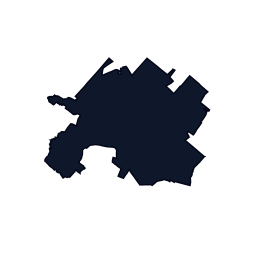 Romita, Guanajuato, Mexico, rotated 34°
{"feature_id": "50627088B33235829634906", "entity_name": "Romita", "entity_type": "district", "adm_level": 2, "iso_a3": "MEX", "parent_name": "Mexico", "parent_adm1": "Guanajuato", "projection": "mercator", "projection_center": [-101.614, 20.816], "detail": "fine", "context": "isolated", "style": "filled", "palette": "ink", "viewbox_px": 256, "rotation_deg": 34, "n_neighbors": 0, "source": "geoboundaries", "source_scale": "gbopen_adm2", "svg_char_len": 5444}
<svg xmlns="http://www.w3.org/2000/svg" viewBox="0 0 256 256"><g transform="rotate(34 128 128)"><path d="M51.9,140.7L51.9,141.5L50.3,141.5L50.1,142.0L48.7,141.8L48.5,142.6L48.5,143.2L48.3,143.9L48.0,144.2L47.5,144.6L47.4,144.7L47.1,144.7L46.9,145.2L46.6,145.6L46.3,145.3L45.6,146.1L45.3,146.0L44.5,147.2L44.7,148.1L44.8,148.3L45.6,148.3L45.7,148.5L46.6,148.7L46.6,148.8L46.5,149.0L47.0,149.5L47.4,149.6L47.6,150.1L48.3,150.3L50.4,150.2L51.2,150.3L52.4,150.4L53.2,150.3L53.4,150.2L53.5,149.8L53.9,147.7L54.0,147.4L54.5,146.8L55.4,146.1L56.2,145.8L56.2,146.8L56.7,146.7L57.2,146.4L58.2,146.9L58.6,146.1L60.0,146.2L60.0,145.4L61.1,145.5L61.1,144.6L62.4,144.7L64.9,144.7L65.1,145.8L65.1,146.6L67.1,146.7L68.6,146.6L69.1,146.7L70.6,146.8L73.3,147.1L73.7,146.9L74.9,147.0L75.0,147.3L76.2,146.7L76.5,146.3L77.7,145.0L78.6,144.1L81.5,144.1L81.7,148.5L84.0,155.2L83.0,155.4L82.8,155.4L81.6,155.6L81.2,155.5L81.2,155.9L80.1,156.0L79.5,155.9L78.2,156.6L77.8,161.9L78.0,166.4L74.8,168.5L75.2,169.5L73.8,170.9L73.6,172.1L74.3,173.5L74.1,174.1L75.1,174.8L74.8,174.8L74.9,175.2L74.8,175.5L74.3,175.6L73.9,176.2L72.9,176.3L73.1,176.8L73.5,178.3L72.4,178.4L72.4,178.7L71.9,179.4L71.7,179.4L71.5,179.7L71.6,179.9L71.4,180.1L71.1,180.1L70.9,180.5L71.0,180.9L71.2,181.0L70.8,181.3L71.0,181.3L71.5,181.2L71.6,183.1L72.2,183.3L72.3,183.4L72.3,183.6L72.5,184.0L72.6,184.3L72.3,184.5L72.2,184.8L72.0,185.1L72.4,185.6L72.9,185.4L73.3,186.0L73.9,186.6L74.1,187.0L75.4,187.5L75.1,187.9L74.9,188.3L75.0,188.5L74.7,188.9L74.4,188.8L74.4,189.0L75.3,189.8L75.9,190.1L76.0,190.2L76.3,191.0L76.6,191.3L76.9,192.1L76.9,192.3L76.8,192.7L76.8,193.2L77.1,194.5L77.3,195.1L77.3,196.0L77.2,196.6L76.9,197.2L76.8,197.9L76.9,198.4L76.7,199.3L76.9,200.5L77.6,201.9L78.1,202.0L78.4,201.9L79.0,201.9L79.4,202.0L80.0,202.4L80.5,202.3L80.8,202.4L81.1,202.4L81.3,202.5L82.0,202.6L83.0,203.0L83.6,203.0L83.9,202.9L84.0,202.9L84.4,203.3L84.6,203.4L85.1,203.2L86.3,203.5L88.2,203.4L88.8,203.5L89.3,203.8L90.2,204.0L90.4,204.0L90.6,203.9L90.9,203.4L91.3,203.0L91.6,202.8L91.8,202.8L92.1,202.9L92.6,203.0L92.8,203.6L93.1,204.1L93.6,204.1L93.7,203.9L93.8,203.9L94.0,204.0L94.5,204.0L95.0,204.0L95.8,203.7L96.0,203.5L96.2,203.4L96.5,203.3L96.7,203.2L96.9,203.3L97.0,203.4L97.5,203.6L97.7,203.9L98.1,204.0L99.2,204.6L99.5,204.7L99.8,204.8L100.1,204.8L100.3,204.8L100.5,204.9L100.7,205.2L101.0,205.3L101.9,205.7L102.2,205.6L102.3,205.5L102.7,204.2L102.9,203.9L103.3,203.4L103.9,203.2L105.3,202.9L105.5,202.7L105.8,202.2L106.1,201.8L106.3,201.5L106.8,201.3L107.2,201.3L107.9,196.1L108.0,194.1L108.3,194.1L108.0,193.3L108.1,192.0L108.1,191.9L109.4,192.2L110.6,192.4L113.5,192.4L112.9,191.8L113.1,190.9L113.0,190.6L113.0,190.1L113.2,189.0L114.1,186.9L114.5,186.7L114.6,186.1L114.8,185.3L113.6,185.2L112.5,184.4L106.9,184.4L106.3,182.6L106.4,180.6L106.3,179.2L104.8,175.1L103.4,173.0L102.6,171.8L102.9,169.9L102.9,169.3L103.1,168.9L103.7,168.4L104.5,167.9L105.0,167.8L105.8,164.7L106.1,163.5L109.2,160.9L109.1,160.6L113.4,158.2L116.0,157.3L121.1,155.2L124.0,153.5L126.9,151.9L127.9,151.7L128.7,151.7L129.7,152.0L130.9,152.7L131.3,153.0L131.9,154.3L135.5,159.6L132.2,160.7L133.0,163.0L134.2,165.0L134.3,165.0L135.6,165.0L137.7,165.3L137.9,165.3L138.6,165.1L140.7,165.5L144.8,165.6L145.4,166.9L146.8,173.4L147.7,173.3L152.3,172.2L152.2,168.1L152.3,167.6L152.4,166.0L152.3,164.5L152.2,163.9L152.2,161.9L154.6,162.9L155.0,163.1L157.3,164.0L159.2,164.6L169.6,168.5L172.0,166.8L172.4,166.5L172.8,166.3L173.7,165.5L174.0,165.4L174.8,164.7L175.5,164.4L178.6,162.2L180.1,162.0L181.8,156.0L181.6,155.5L182.2,155.4L182.4,155.3L185.7,151.9L187.2,150.0L188.7,150.0L189.9,149.4L190.7,149.2L192.6,149.1L192.6,147.3L194.6,147.3L196.7,147.1L196.8,146.1L211.5,141.0L210.3,138.2L207.3,134.1L207.5,132.6L207.2,130.8L206.6,130.4L206.3,129.0L206.3,128.9L206.1,127.7L205.9,127.7L205.0,124.4L204.8,122.7L205.1,122.7L205.8,119.4L205.6,119.4L205.6,119.0L206.3,116.9L206.9,111.9L207.0,111.4L207.2,109.2L207.4,108.9L206.6,109.0L198.5,108.1L196.6,107.8L195.1,107.7L193.6,107.5L184.2,106.5L182.2,106.6L182.6,105.2L183.8,101.4L183.1,101.5L182.3,100.2L180.6,100.2L180.3,100.2L180.3,99.2L180.0,99.2L179.9,97.1L185.9,97.2L186.1,95.6L186.0,92.8L185.8,92.8L185.8,92.5L185.8,90.5L186.0,86.6L186.0,82.6L185.0,82.5L185.2,78.7L185.2,75.5L185.0,73.2L184.6,73.1L184.6,71.5L183.9,71.4L183.8,70.1L180.4,69.8L180.3,69.0L184.7,69.3L184.7,68.6L185.5,68.6L185.4,67.4L173.6,66.4L173.0,57.1L173.9,53.4L165.3,52.4L161.6,51.6L150.0,50.3L149.5,54.8L148.9,61.0L148.5,64.2L147.9,64.2L147.2,70.9L146.6,74.0L141.6,73.0L136.0,72.1L138.6,66.7L139.3,63.9L134.1,62.5L134.5,53.9L132.0,54.2L131.8,54.3L132.5,54.3L130.9,61.8L122.9,61.2L118.2,60.7L104.8,59.6L103.3,71.0L102.7,75.1L101.8,82.3L93.2,78.4L91.9,78.1L90.2,79.9L90.6,80.0L90.7,80.4L90.5,80.5L90.8,80.6L90.0,81.4L88.6,82.7L91.4,86.2L91.3,88.0L89.5,88.1L88.9,87.7L89.4,86.9L89.3,86.5L89.4,86.1L89.5,86.0L89.1,85.5L88.1,85.4L87.6,85.5L87.3,85.7L86.9,85.7L85.3,86.4L84.9,87.0L83.7,88.9L83.6,89.1L82.5,91.1L82.1,91.4L81.8,91.8L80.8,93.4L79.7,95.0L78.9,96.3L79.0,96.4L78.6,97.4L78.3,97.3L77.6,98.6L77.0,98.3L76.8,98.4L76.5,98.2L75.7,96.5L74.9,94.9L73.9,92.3L75.5,87.7L78.1,81.4L73.3,80.8L71.1,99.6L69.1,113.8L68.7,118.3L66.7,131.2L69.8,131.6L69.0,133.8L68.9,133.8L68.6,134.8L69.0,135.1L68.9,135.2L68.0,135.0L66.3,135.0L66.0,135.1L65.5,135.2L63.9,135.3L61.9,135.9L61.6,136.1L61.4,136.5L61.1,137.3L60.9,138.2L60.7,138.8L59.6,139.0L58.5,140.3L51.9,140.7Z" fill="#0f172a" stroke="#020617" stroke-width="1.5"/></g></svg>